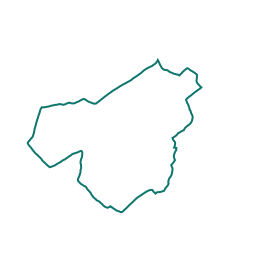 the district of Singida Urban, Singida, United Republic of Tanzania, rotated 50°
{"feature_id": "72390352B67063144918279", "entity_name": "Singida Urban", "entity_type": "district", "adm_level": 2, "iso_a3": "TZA", "parent_name": "United Republic of Tanzania", "parent_adm1": "Singida", "projection": "equal_earth", "projection_center": [34.722, -4.814], "detail": "fine", "context": "isolated", "style": "outline", "palette": "teal", "viewbox_px": 256, "rotation_deg": 50, "n_neighbors": 0, "source": "geoboundaries", "source_scale": "gbopen_adm2", "svg_char_len": 5014}
<svg xmlns="http://www.w3.org/2000/svg" viewBox="0 0 256 256"><g transform="rotate(50 128 128)"><path d="M195.9,149.1L195.9,148.8L195.9,147.0L197.9,144.2L198.4,142.9L199.3,140.7L198.3,138.5L197.5,134.2L196.6,132.6L195.6,132.1L195.3,131.8L194.7,131.4L193.4,129.2L193.0,128.4L192.7,126.8L192.1,125.3L191.3,123.9L190.5,122.8L189.0,121.3L188.3,120.4L187.3,119.8L187.0,119.6L185.8,119.3L185.4,119.2L184.2,118.7L184.1,118.0L183.7,115.8L182.8,112.6L181.7,112.3L180.3,111.8L179.0,111.0L177.6,109.2L176.7,107.5L175.8,105.2L174.4,103.8L173.8,104.3L172.7,105.3L171.7,103.6L170.9,102.6L170.6,102.3L170.5,102.2L169.4,101.3L169.2,101.2L168.9,101.1L167.0,101.0L166.9,101.0L165.6,100.9L164.4,100.3L164.2,100.2L164.3,99.7L164.6,97.8L164.6,97.7L164.7,95.7L164.5,94.4L164.3,93.2L164.2,93.1L164.4,92.1L164.6,91.7L164.6,91.4L164.6,91.2L164.7,90.8L164.9,89.3L165.5,86.3L164.7,84.7L164.6,82.5L164.5,82.1L164.6,81.0L164.7,77.8L164.6,77.5L164.6,76.9L163.7,74.5L162.4,72.9L161.9,72.0L160.0,70.7L159.5,70.7L159.0,70.4L157.1,70.1L155.4,69.2L155.0,69.1L154.4,69.2L154.1,69.0L153.3,68.9L152.3,68.2L150.8,67.7L150.5,67.6L149.7,67.1L148.0,66.7L146.7,66.5L145.5,66.1L145.2,66.0L143.5,65.2L143.3,62.3L143.5,59.2L143.6,53.4L143.8,50.5L144.0,48.5L144.1,46.2L143.9,46.2L143.9,45.7L143.2,45.9L141.6,45.9L140.6,46.0L139.2,46.0L138.5,46.1L137.3,45.9L135.9,45.2L135.5,44.9L134.8,44.0L133.6,42.8L131.7,40.9L130.6,41.1L129.6,41.2L127.9,41.7L125.9,42.3L123.9,43.1L122.2,43.4L120.3,44.1L120.2,44.4L120.1,48.5L120.2,49.8L120.4,51.1L120.5,52.7L120.8,54.8L119.6,55.2L118.9,55.8L118.7,55.9L118.4,56.2L117.8,56.6L117.5,56.8L117.2,57.0L116.1,57.8L114.7,58.6L113.3,59.2L111.8,60.1L110.6,60.2L109.8,60.5L108.6,61.1L108.2,61.4L106.8,62.7L106.4,62.9L106.0,63.2L105.0,63.3L104.6,63.4L104.4,63.4L103.8,63.5L103.4,63.3L102.8,63.3L100.5,62.9L100.2,62.8L98.4,62.3L96.9,61.9L96.2,61.7L95.2,61.5L95.3,61.7L95.5,62.3L96.1,64.3L96.2,64.7L96.2,66.1L96.1,67.6L96.0,68.1L95.9,69.8L95.2,72.3L95.0,72.9L94.9,73.4L94.5,75.5L94.2,77.9L94.1,79.4L94.2,81.0L94.2,82.3L94.2,83.9L94.0,85.2L94.0,86.5L93.8,88.0L93.7,89.6L93.4,90.9L93.3,92.1L93.3,93.6L93.3,94.8L93.2,96.0L92.8,97.5L92.2,100.7L91.6,103.4L91.2,105.7L91.1,106.2L91.0,106.6L90.8,108.4L90.5,110.8L89.7,115.9L89.6,117.7L89.4,120.1L89.1,125.0L89.0,128.1L88.9,132.6L88.6,132.7L88.9,132.7L88.8,134.6L88.7,136.9L88.1,137.5L87.9,138.0L87.0,138.8L86.9,138.8L83.3,140.9L81.7,141.6L80.3,142.0L80.1,142.0L79.0,142.4L77.9,142.7L77.3,143.2L77.2,143.5L76.9,144.2L76.6,145.2L76.5,146.2L76.2,147.1L75.9,149.0L75.5,150.0L74.8,152.5L74.5,153.3L74.2,153.9L73.1,155.2L71.4,156.3L70.8,156.8L70.3,157.9L69.8,159.3L69.6,160.6L69.1,161.7L68.6,162.6L67.8,163.3L67.0,163.9L65.8,164.8L65.0,166.4L64.4,167.7L63.4,169.0L62.9,170.2L62.0,171.6L60.7,174.7L59.7,176.4L57.8,179.6L57.0,180.5L56.7,180.7L57.5,183.1L59.7,186.3L60.9,188.5L62.1,190.2L63.3,192.3L63.9,193.1L64.9,194.6L65.5,195.4L66.0,196.2L66.4,196.7L67.7,198.6L68.2,199.5L69.1,200.7L70.7,202.4L71.9,204.3L73.3,206.3L73.6,207.3L73.7,208.7L74.2,211.2L74.4,212.3L74.6,213.5L74.9,214.2L75.2,214.6L76.9,215.0L78.7,215.0L81.6,215.0L83.1,215.1L84.1,215.2L84.6,215.1L85.5,215.2L86.5,215.2L87.3,215.2L88.6,215.1L89.7,214.9L90.9,214.6L91.7,214.6L92.6,214.6L94.0,214.4L95.9,214.2L97.7,214.5L98.7,214.5L99.8,214.3L101.1,214.1L103.2,213.9L105.0,213.7L106.4,213.4L107.7,213.2L108.4,211.6L109.0,209.9L109.3,209.1L109.7,207.6L109.8,206.0L110.1,204.7L110.4,203.0L110.8,200.8L110.8,199.4L111.0,198.0L111.5,196.6L111.5,195.7L111.7,194.2L111.8,192.6L111.9,191.1L112.2,189.4L112.2,187.8L112.5,186.5L112.5,186.4L112.6,186.2L113.0,185.2L113.2,184.9L113.3,184.7L113.4,184.3L113.6,184.0L113.6,183.8L114.1,182.7L114.5,181.5L114.7,180.4L114.8,180.1L115.2,179.0L115.8,178.5L115.9,178.4L116.0,178.4L116.5,178.5L116.8,178.5L118.6,179.7L119.5,180.8L120.4,181.6L121.2,182.9L121.4,183.4L122.4,184.9L123.8,186.5L124.2,186.7L124.5,186.9L124.7,187.0L125.1,187.3L125.9,187.6L126.5,188.1L126.9,188.3L128.6,189.7L129.8,191.5L130.6,192.2L131.4,192.9L131.7,193.3L132.2,194.3L132.5,194.5L134.0,197.2L134.1,197.3L134.3,198.0L135.3,199.6L135.8,199.9L136.2,200.0L136.8,200.3L138.3,200.1L140.2,200.1L141.7,199.6L143.6,199.1L146.1,198.0L148.3,198.5L150.8,198.4L153.9,198.3L154.9,198.7L156.8,198.9L158.3,199.0L160.2,198.8L160.7,198.7L160.9,198.7L162.3,198.4L163.1,198.5L164.1,198.1L164.8,197.7L165.8,197.3L166.5,197.2L168.6,197.0L169.7,196.7L171.2,196.8L172.0,196.6L173.4,196.3L174.9,195.6L175.9,195.0L176.4,193.7L176.7,192.8L176.8,192.5L176.5,192.2L176.6,191.8L178.6,191.4L179.2,191.0L180.4,190.9L182.2,190.2L183.8,189.9L185.8,188.6L187.0,188.0L187.9,187.6L188.2,187.3L188.5,186.5L188.6,185.5L188.5,184.5L188.4,182.0L188.4,181.2L188.3,180.6L188.3,180.4L188.0,177.2L187.9,176.8L187.9,175.8L187.8,173.9L187.8,172.6L187.6,171.0L187.6,170.6L187.4,168.1L187.4,167.8L187.4,167.6L187.3,166.1L187.7,162.9L188.0,159.2L188.2,158.1L188.4,155.9L188.6,155.3L188.6,154.8L189.1,152.5L189.5,151.5L190.3,150.1L191.0,149.3L191.7,149.2L192.2,149.3L192.8,149.4L193.9,149.3L194.9,149.2L195.9,149.1L195.9,149.1Z" fill="none" stroke="#0f766e" stroke-width="2"/></g></svg>